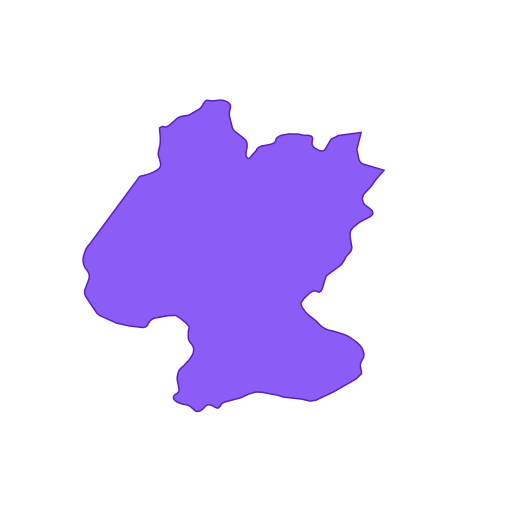 outline of Saraburi, rotated 221°
{"feature_id": "THA-415", "entity_name": "Saraburi", "entity_type": "Province", "adm_level": 1, "iso_a3": "THA", "parent_name": "Thailand", "parent_adm1": "", "projection": "orthographic", "projection_center": [100.926, 14.549], "detail": "fine", "context": "isolated", "style": "filled", "palette": "violet", "viewbox_px": 512, "rotation_deg": 221, "n_neighbors": 0, "source": "natural_earth", "source_scale": "10m", "svg_char_len": 3373}
<svg xmlns="http://www.w3.org/2000/svg" viewBox="0 0 512 512"><g transform="rotate(221 256 256)"><path d="M389.3,155.5L396.0,239.7L390.5,247.7L388.3,252.3L386.8,256.7L386.6,259.3L387.1,261.2L388.0,262.5L390.4,264.5L395.8,268.0L396.9,269.0L397.8,270.3L401.0,276.2L402.5,278.5L405.7,282.4L412.8,289.3L411.8,292.2L408.5,294.3L407.2,297.6L405.7,308.9L404.3,311.9L402.1,314.7L399.3,317.8L395.1,329.9L395.0,333.4L396.0,339.0L395.6,340.8L394.6,341.9L392.6,343.0L390.5,344.6L385.6,349.9L383.7,351.5L381.7,352.5L378.7,353.5L376.4,353.7L374.6,353.3L373.4,352.2L372.5,350.9L371.0,348.1L370.1,346.7L369.2,345.5L368.1,344.4L357.7,337.1L356.0,336.4L354.2,336.2L342.2,336.8L340.1,336.6L338.4,336.1L337.0,335.4L334.7,333.1L331.4,327.6L330.3,326.2L328.9,324.9L326.5,324.0L325.4,324.8L325.0,326.4L325.2,330.1L325.0,333.9L325.0,335.7L325.5,337.5L325.2,339.9L323.9,342.8L319.7,347.9L317.6,350.9L316.5,353.3L316.5,355.0L317.0,356.5L317.8,358.0L317.5,360.5L316.2,363.6L311.1,369.9L303.7,376.0L299.2,378.3L295.8,381.4L293.3,382.6L291.5,382.6L290.2,381.7L289.4,380.5L288.6,379.0L287.6,377.8L286.5,376.7L284.3,376.1L281.5,376.1L276.8,377.3L274.8,378.7L273.8,380.6L273.9,382.3L275.9,393.1L275.5,394.6L274.9,396.2L273.5,399.0L273.2,400.6L257.7,418.2L249.8,402.6L241.0,395.9L238.1,395.2L235.7,395.6L215.6,404.7L215.7,393.2L214.8,384.1L215.2,373.2L214.5,371.1L213.4,369.0L210.6,367.0L209.0,366.3L207.0,366.0L203.3,366.4L199.3,366.5L197.5,366.2L196.1,365.2L195.3,363.7L195.5,360.9L199.5,350.9L200.4,347.4L201.4,341.6L201.4,339.6L201.2,337.6L200.1,335.2L198.1,332.7L189.2,325.3L188.3,323.8L187.5,321.7L187.6,314.6L186.5,310.2L186.0,306.6L186.0,304.9L189.7,288.3L189.8,287.1L189.0,284.6L184.4,274.7L184.0,271.8L184.7,270.0L187.8,268.8L189.1,267.9L190.1,266.7L190.7,265.1L191.2,263.2L191.9,255.3L191.6,252.2L191.1,249.8L189.7,248.6L187.4,247.5L181.5,246.1L178.2,245.9L168.7,246.4L161.2,245.8L159.4,245.9L155.9,246.6L152.7,247.6L148.3,250.1L137.6,254.7L134.3,255.7L130.5,256.4L122.4,257.0L118.5,256.7L115.4,256.0L114.3,255.5L112.9,254.7L111.0,253.5L109.7,252.2L108.7,250.8L108.1,249.0L107.0,244.4L106.1,242.7L105.1,241.4L100.1,237.5L99.2,236.2L99.8,228.9L108.5,203.9L116.2,186.4L120.1,181.9L127.6,178.0L142.9,167.4L148.2,165.2L162.1,157.0L165.4,154.5L167.5,152.5L171.0,146.8L174.3,139.3L183.6,125.5L184.9,122.8L184.8,121.0L184.5,119.1L184.6,116.8L185.7,115.7L187.6,115.0L190.0,114.7L193.1,113.5L194.7,112.2L195.5,110.4L195.7,105.9L196.5,102.5L197.7,100.8L199.0,99.6L200.7,99.2L206.6,99.4L208.3,99.1L209.8,98.6L215.1,95.6L218.9,94.2L221.4,93.8L223.6,93.9L225.2,94.7L226.0,95.9L226.3,97.4L225.5,100.5L225.3,102.2L225.7,103.7L226.6,104.9L234.2,110.9L235.3,112.0L236.2,113.2L237.8,116.0L238.5,117.5L239.0,119.1L239.1,121.1L239.0,122.8L238.6,125.4L238.3,133.2L238.4,135.2L239.4,140.8L240.2,142.3L241.0,143.7L242.0,144.8L243.2,145.8L244.7,146.6L246.3,147.1L250.0,147.8L251.5,148.4L252.9,149.3L257.2,154.1L258.0,155.3L259.6,158.6L264.3,159.5L272.1,159.3L277.4,158.6L283.0,153.5L291.9,142.4L292.6,140.9L293.1,139.3L293.4,137.6L292.9,134.0L292.4,132.3L292.8,130.1L294.4,127.8L305.4,120.3L317.1,113.9L334.8,108.6L338.3,108.4L357.9,113.7L359.5,114.5L360.8,115.4L361.9,116.5L362.8,117.8L367.0,129.0L367.9,130.4L368.8,131.7L370.1,132.7L371.6,133.5L373.3,134.1L376.9,134.9L379.9,136.2L382.6,138.1L384.6,140.4L386.3,143.1L388.8,149.5L389.4,152.7L389.3,155.5Z" fill="#8b5cf6" stroke="#5b21b6" stroke-width="1.5"/></g></svg>